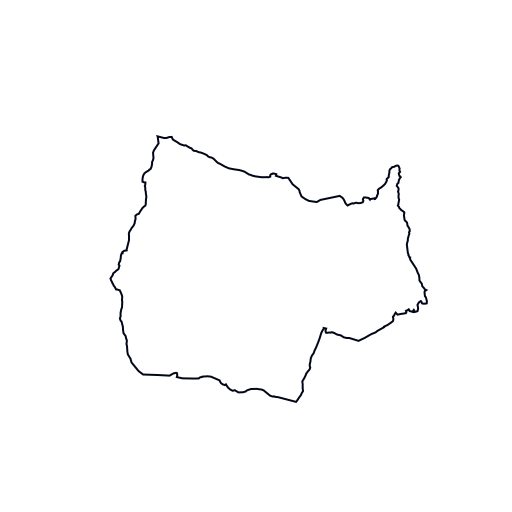 Pojorata, Suceava, Romania, rotated 45°
{"feature_id": "2599482B93578143762204", "entity_name": "Pojorata", "entity_type": "district", "adm_level": 2, "iso_a3": "ROU", "parent_name": "Romania", "parent_adm1": "Suceava", "projection": "mercator", "projection_center": [25.425, 47.481], "detail": "fine", "context": "isolated", "style": "outline", "palette": "ink", "viewbox_px": 512, "rotation_deg": 45, "n_neighbors": 0, "source": "geoboundaries", "source_scale": "gbopen_adm2", "svg_char_len": 6110}
<svg xmlns="http://www.w3.org/2000/svg" viewBox="0 0 512 512"><g transform="rotate(45 256 256)"><path d="M243.3,419.3L254.4,420.4L260.0,419.6L270.6,409.7L279.5,401.7L280.6,397.5L282.1,395.1L283.1,394.7L284.8,396.2L285.6,397.6L290.4,394.6L298.4,386.9L302.1,383.1L302.2,381.7L302.6,380.7L303.4,379.8L303.3,379.3L306.7,375.4L309.4,373.2L318.2,369.7L319.1,370.1L320.9,370.6L323.0,370.4L325.3,369.3L325.5,368.0L327.4,368.5L329.3,368.8L332.0,368.7L334.8,367.8L335.9,365.9L340.0,364.9L343.1,361.6L344.4,359.3L344.6,357.5L345.5,355.6L346.5,353.6L350.5,349.4L354.7,346.3L356.5,345.6L364.7,344.8L367.0,343.7L367.7,343.1L367.9,342.5L369.3,342.0L371.3,340.3L387.5,330.8L387.2,328.7L386.4,324.8L386.2,322.9L385.3,320.6L384.8,318.3L382.5,316.5L379.7,313.7L377.4,311.9L376.4,307.9L375.4,305.1L374.6,303.5L374.6,302.7L374.3,301.4L374.2,299.3L374.0,298.1L373.3,296.6L371.6,295.7L370.2,294.0L369.3,292.4L367.1,289.6L365.9,286.7L365.6,284.2L364.2,281.3L363.3,278.5L361.1,273.3L359.4,269.6L356.5,264.1L355.7,261.6L355.2,259.2L354.9,259.0L356.9,257.7L357.4,258.8L358.1,259.8L359.5,260.7L359.9,260.7L360.7,259.9L361.7,258.5L362.9,257.5L363.3,256.5L364.1,256.1L364.3,255.7L365.6,255.3L365.9,255.0L366.3,255.0L368.9,254.2L372.2,252.1L373.2,252.0L374.0,251.7L375.5,251.5L378.3,249.7L379.8,248.1L388.5,243.5L390.8,237.0L392.7,229.9L394.6,225.4L394.8,223.2L396.0,218.9L396.9,215.8L396.5,215.5L397.9,211.5L398.8,206.0L398.9,205.3L398.5,204.5L397.4,203.1L395.9,202.3L395.7,201.8L395.8,200.9L395.8,200.5L395.3,199.5L394.8,197.3L397.5,197.4L400.0,193.7L401.4,192.0L401.4,191.8L402.1,190.8L402.4,190.5L402.3,189.9L401.9,189.3L400.8,188.7L401.5,187.0L401.7,185.7L402.9,186.0L403.4,186.3L403.8,186.2L405.3,185.2L406.1,184.9L405.9,183.7L405.7,182.5L406.3,182.6L406.5,183.2L407.2,184.1L407.4,184.0L408.4,182.4L409.2,180.8L407.8,178.5L404.7,176.3L404.0,173.7L404.1,173.1L404.3,171.5L404.5,171.3L404.8,171.2L405.4,171.4L406.8,172.1L407.8,171.6L409.5,169.9L410.2,168.8L408.9,167.2L405.9,165.4L404.8,165.0L403.9,165.0L400.7,162.4L400.2,161.5L400.5,159.7L399.1,160.2L397.4,159.9L395.0,159.8L392.9,158.4L389.0,157.8L386.2,155.3L384.2,154.1L382.2,153.5L378.2,151.7L367.8,149.5L366.7,148.9L366.1,148.1L365.6,148.5L364.5,148.0L363.2,147.7L363.0,147.3L362.6,147.0L361.6,146.6L361.4,146.6L354.4,141.1L353.8,140.1L353.6,139.9L352.5,137.8L351.0,136.2L350.5,135.2L349.4,133.4L349.0,132.4L348.6,131.7L347.6,131.2L347.2,130.4L347.1,129.6L345.4,128.3L344.1,127.9L341.6,127.4L340.1,126.2L339.0,125.6L338.1,125.5L336.1,125.6L335.1,125.1L331.7,122.5L330.6,120.9L329.9,120.2L327.7,120.5L326.4,120.8L323.2,120.7L322.5,120.2L320.7,120.1L320.1,118.7L319.5,118.1L318.6,116.7L317.2,114.8L316.0,114.3L314.5,113.0L313.1,111.2L310.8,109.9L310.8,109.6L309.8,108.2L309.0,107.4L307.8,107.1L305.9,106.9L304.9,105.0L305.0,103.5L304.0,102.3L303.2,100.8L302.7,99.3L302.6,97.9L301.9,97.7L300.9,98.0L299.3,97.2L298.5,96.6L298.4,94.6L297.2,94.3L295.9,93.0L295.7,92.6L293.2,91.6L292.6,91.7L292.0,92.0L291.4,92.9L290.9,94.0L290.7,95.1L289.4,96.9L289.6,98.5L289.4,99.4L289.5,100.1L289.7,100.7L290.3,101.7L291.1,102.4L293.3,105.7L294.0,106.2L294.1,107.4L293.9,108.8L294.2,109.5L295.1,110.0L295.7,111.5L296.3,113.8L296.3,115.6L296.1,118.3L295.8,120.1L295.5,120.8L295.5,122.6L295.4,123.0L295.6,123.4L295.9,123.7L296.9,124.3L297.3,124.9L298.1,125.5L298.6,126.8L298.8,127.6L299.2,127.9L299.7,129.2L299.9,131.6L299.7,131.8L299.0,131.4L298.5,132.2L297.5,133.6L296.4,135.2L296.6,135.6L296.3,135.6L295.4,135.3L294.7,135.3L292.1,137.1L291.2,138.0L290.9,138.3L291.1,138.8L291.1,139.5L291.7,140.6L292.8,141.0L293.2,141.6L293.5,142.6L292.2,145.0L290.3,146.9L289.5,147.2L288.8,148.0L287.7,150.2L287.0,150.4L286.3,151.7L285.4,154.3L285.1,155.5L284.1,155.6L281.8,155.4L279.4,154.4L277.6,153.9L276.0,153.7L272.7,154.3L261.9,170.8L260.8,174.9L254.5,179.6L250.5,180.9L246.1,181.7L241.6,179.9L240.6,179.1L238.8,178.6L231.2,179.4L223.6,177.9L221.7,179.6L219.8,182.2L218.7,182.4L213.4,185.2L212.5,183.8L209.8,185.4L209.6,185.7L209.6,186.2L209.3,186.4L208.9,187.3L208.8,188.4L209.0,188.9L210.0,189.8L209.1,191.6L207.9,192.5L207.0,193.6L204.2,196.4L198.6,200.6L197.7,201.0L197.0,201.6L194.7,202.5L193.5,203.3L188.2,204.5L186.0,205.6L183.2,207.2L179.5,210.0L174.8,213.2L170.4,214.9L166.7,215.9L164.9,216.4L163.8,217.0L162.0,217.2L157.9,217.2L156.3,217.4L154.8,217.9L153.4,218.9L151.6,219.5L150.0,219.4L148.2,220.0L145.5,221.1L143.6,222.0L142.1,223.1L139.4,224.1L137.6,225.6L136.3,225.7L134.3,225.5L133.7,225.7L132.5,226.4L131.1,226.6L130.0,227.0L128.6,227.2L127.8,227.6L127.2,228.6L123.2,230.6L119.8,231.2L116.3,232.1L114.7,232.4L112.2,231.4L110.5,233.3L109.2,235.9L107.7,237.5L101.8,241.0L102.2,241.2L107.5,245.3L107.7,246.6L108.1,248.3L108.4,250.1L109.1,253.4L110.1,255.7L114.1,259.1L114.9,260.2L115.6,261.6L115.9,262.7L116.9,263.9L117.6,264.6L119.1,266.9L119.9,269.0L119.9,269.3L119.5,270.3L119.5,270.7L119.7,271.2L118.8,274.8L118.7,276.6L119.1,278.2L119.8,279.7L121.4,281.9L122.9,283.4L123.2,283.7L124.7,283.1L125.8,282.2L127.6,284.3L127.8,285.1L129.3,285.9L131.1,287.7L132.5,288.4L134.3,290.0L136.1,291.2L137.5,292.7L137.7,293.2L138.3,293.9L139.8,295.6L141.1,297.0L141.4,297.3L142.1,298.5L141.8,300.8L141.8,302.3L142.4,305.6L143.3,309.1L142.6,310.3L142.3,311.6L142.3,312.9L144.7,315.0L145.8,317.1L146.9,318.4L148.0,321.2L148.3,324.4L148.9,326.1L149.1,327.7L149.9,329.6L150.2,330.0L151.9,331.5L155.0,334.6L160.0,343.0L160.6,343.5L159.3,345.2L159.0,346.0L159.0,346.7L158.7,347.4L159.7,348.4L159.1,349.0L160.1,351.1L162.5,354.0L162.6,354.4L163.7,355.9L163.7,357.1L165.1,359.3L166.2,359.3L166.4,359.5L167.3,361.3L167.8,362.0L168.0,362.7L167.9,363.3L167.9,363.8L167.6,364.8L167.6,367.0L167.3,368.8L167.4,369.3L168.3,371.1L169.0,374.8L170.8,375.7L173.1,376.4L173.7,376.8L174.7,376.9L176.4,377.6L177.8,377.7L180.8,378.6L181.4,377.9L184.0,376.6L188.1,378.2L189.9,379.1L192.9,382.4L193.6,382.7L197.7,387.2L198.1,388.4L200.3,391.8L202.7,394.2L203.4,395.3L204.0,396.5L206.2,397.5L207.2,397.4L211.8,400.1L214.4,402.4L217.0,404.3L220.4,404.8L222.6,406.2L224.2,406.9L225.2,407.9L226.6,409.8L228.6,411.0L232.8,414.7L235.0,416.2L240.0,417.4L241.1,418.1L243.3,419.3Z" fill="none" stroke="#020617" stroke-width="2"/></g></svg>